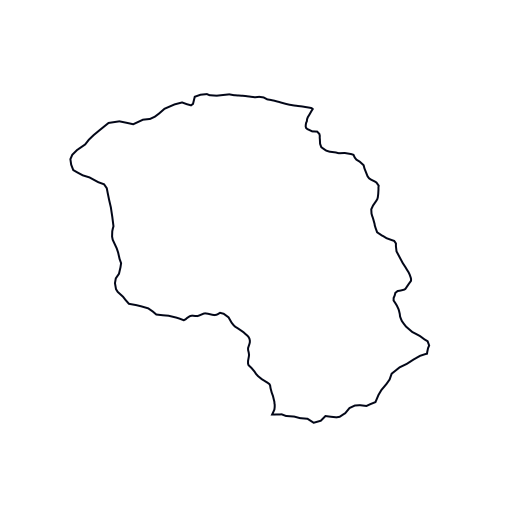 Dunglegang, Chirang, Bhutan (Albers equal-area conic projection), rotated 245°
{"feature_id": "84629894B69062019287868", "entity_name": "Dunglegang", "entity_type": "district", "adm_level": 2, "iso_a3": "BTN", "parent_name": "Bhutan", "parent_adm1": "Chirang", "projection": "albers", "projection_center": [90.201, 27.012], "detail": "fine", "context": "isolated", "style": "outline", "palette": "ink", "viewbox_px": 512, "rotation_deg": 245, "n_neighbors": 0, "source": "geoboundaries", "source_scale": "gbopen_adm2", "svg_char_len": 3818}
<svg xmlns="http://www.w3.org/2000/svg" viewBox="0 0 512 512"><g transform="rotate(245 256 256)"><path d="M339.8,365.0L342.9,364.0L345.2,359.6L347.9,357.4L349.3,356.2L350.9,355.5L352.5,355.8L354.1,356.7L355.6,357.8L356.6,359.0L358.4,360.1L359.9,361.6L361.6,364.2L364.0,367.6L365.2,369.5L366.5,368.9L367.3,367.9L368.2,366.6L369.3,365.0L370.3,363.5L371.3,362.1L372.3,360.6L373.2,359.1L374.1,357.6L375.1,356.1L376.0,354.6L377.0,353.1L378.0,351.7L379.0,350.2L380.1,348.8L381.2,347.4L382.3,346.1L383.5,344.7L384.6,343.4L385.8,342.1L386.9,340.7L388.0,339.4L389.2,338.0L390.2,336.6L391.3,335.2L392.3,333.7L393.2,332.4L396.5,329.9L398.9,326.2L400.3,322.1L401.3,320.6L402.2,319.1L403.2,317.6L404.1,316.1L405.1,314.6L406.0,313.1L406.9,311.6L407.7,310.0L408.6,308.5L409.4,306.9L410.3,305.4L411.1,303.9L413.8,300.1L415.9,294.0L417.9,288.1L421.4,281.8L423.5,279.9L425.6,273.9L426.2,267.8L420.5,263.2L420.0,260.8L422.8,257.5L426.4,253.9L427.8,246.3L428.1,235.3L426.1,228.4L425.0,223.2L425.0,217.9L427.3,211.2L427.3,200.4L430.9,195.7L435.8,189.1L438.9,178.6L436.2,167.7L434.2,160.0L432.0,153.6L429.3,148.3L427.7,138.7L425.4,132.3L422.2,128.7L416.9,127.1L411.1,126.7L407.1,129.5L402.3,133.1L397.6,138.3L389.6,144.2L385.2,148.6L380.5,149.4L375.7,148.2L369.0,146.6L361.4,145.0L351.9,142.2L343.2,139.4L341.2,137.7L339.2,136.2L334.5,133.8L331.3,133.0L321.8,133.0L317.4,132.5L310.9,131.1L306.5,130.7L302.9,128.3L297.8,124.3L295.0,119.5L291.0,116.7L285.1,115.1L281.9,115.5L275.2,118.3L271.6,119.1L266.4,120.6L262.1,126.7L258.9,130.7L254.1,136.2L249.3,139.0L245.1,140.9L241.5,146.8L238.9,151.4L233.8,157.8L231.6,160.2L228.3,163.4L228.4,165.5L228.9,167.1L229.3,169.6L229.4,171.0L228.9,173.0L227.4,175.4L226.3,177.6L226.1,179.3L225.9,184.3L225.5,185.7L224.0,188.0L221.1,191.7L220.0,193.4L219.5,195.1L219.4,196.5L219.7,199.4L217.3,202.3L215.3,203.4L212.0,205.2L205.9,205.7L202.6,206.5L200.6,207.3L199.0,208.4L197.4,209.4L194.2,211.3L192.1,212.5L190.1,213.3L187.5,214.5L185.9,215.0L183.9,215.1L182.0,214.7L180.5,214.0L179.2,213.0L175.9,209.9L174.1,209.1L171.6,208.6L169.3,207.9L167.7,206.9L164.2,204.4L161.8,203.3L160.2,203.1L156.4,204.6L151.9,205.8L149.1,206.2L146.2,207.1L141.9,209.2L136.1,213.0L134.3,214.0L132.8,214.1L130.0,213.3L125.5,212.5L121.9,212.2L116.0,211.0L114.8,210.5L113.3,210.1L111.2,209.1L109.1,207.8L107.5,206.0L105.5,203.6L102.3,210.7L101.7,212.3L98.4,215.5L94.3,222.8L90.5,227.3L86.7,233.9L80.5,237.8L79.3,245.1L81.6,251.3L79.5,254.6L78.5,256.2L75.8,260.7L74.9,263.9L75.6,268.5L75.8,270.4L78.7,276.5L78.7,282.4L76.9,287.1L73.4,292.7L73.4,297.1L73.1,302.5L78.4,308.4L81.6,313.1L84.9,320.2L87.6,324.9L92.0,329.2L94.4,339.1L94.5,347.0L95.6,355.1L96.2,362.5L95.6,367.5L95.2,369.7L96.6,370.6L99.8,373.0L101.7,375.1L106.2,375.5L109.3,373.4L113.2,371.3L114.4,370.6L118.0,367.9L121.1,365.5L128.7,362.1L132.2,361.3L135.5,360.7L138.0,360.8L140.3,361.0L142.7,361.8L146.1,362.5L147.7,362.7L151.5,362.7L154.2,362.4L157.5,361.9L159.8,363.0L161.6,365.0L163.7,366.7L164.0,368.0L164.4,369.5L163.6,372.4L162.9,376.0L163.0,377.4L166.1,382.6L168.0,386.0L169.6,386.8L171.1,387.1L174.2,387.4L176.7,387.4L179.8,387.0L182.7,386.7L187.6,386.0L200.8,385.3L205.9,387.0L208.2,388.1L209.7,387.9L211.3,387.6L213.1,385.7L217.0,381.8L220.1,379.8L221.3,378.8L226.3,375.8L230.8,376.2L233.6,376.6L234.9,377.0L239.6,377.8L241.8,378.1L243.2,378.2L245.6,378.6L249.6,380.2L252.3,383.4L254.0,386.3L255.1,388.2L256.3,390.0L257.7,391.2L260.6,393.0L264.7,395.2L266.3,395.9L267.9,396.9L271.7,396.2L273.4,395.1L276.5,392.6L278.6,391.3L281.1,390.8L289.5,391.3L292.8,391.9L297.6,389.9L300.9,387.7L303.5,387.1L306.5,387.1L308.1,385.4L311.9,379.9L313.6,375.7L314.4,374.1L316.1,372.1L319.5,366.7L321.8,364.2L322.9,363.5L326.9,361.2L328.6,361.3L330.6,361.5L333.3,362.6L334.8,363.2L336.2,363.7L338.0,364.6L339.8,365.0Z" fill="none" stroke="#020617" stroke-width="2"/></g></svg>